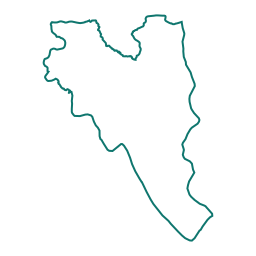 Noumbiel, Noumbiel, Burkina Faso (orthographic projection)
{"feature_id": "67063806B78350075830190", "entity_name": "Noumbiel", "entity_type": "district", "adm_level": 2, "iso_a3": "BFA", "parent_name": "Burkina Faso", "parent_adm1": "Noumbiel", "projection": "orthographic", "projection_center": [-3.048, 9.8], "detail": "fine", "context": "isolated", "style": "outline", "palette": "teal", "viewbox_px": 256, "rotation_deg": 0, "n_neighbors": 0, "source": "geoboundaries", "source_scale": "gbopen_adm2", "svg_char_len": 5437}
<svg xmlns="http://www.w3.org/2000/svg" viewBox="0 0 256 256"><path d="M181.7,21.9L178.3,23.0L176.5,23.5L175.6,23.6L174.6,24.1L173.1,24.2L172.7,24.1L172.1,23.7L171.8,23.7L171.2,23.3L170.6,23.4L169.7,23.0L169.2,22.8L167.5,21.9L166.6,21.4L166.2,21.2L165.7,20.8L165.4,20.3L165.1,19.8L165.2,19.1L165.5,17.8L165.6,16.7L165.3,16.0L164.5,15.7L162.8,15.7L158.0,15.4L156.0,15.4L153.9,15.7L148.0,16.3L146.9,16.7L146.3,17.2L145.9,17.9L145.6,18.7L145.7,19.4L145.9,20.4L145.9,21.0L145.7,21.8L145.0,22.6L144.2,22.9L143.7,23.6L143.7,24.1L143.8,24.6L143.8,25.2L143.2,26.3L142.6,26.5L141.6,27.0L141.1,27.2L140.5,27.5L139.9,27.8L138.9,28.2L138.2,28.4L137.5,28.8L137.3,29.1L137.2,29.4L136.9,29.9L136.6,29.9L135.6,30.0L135.0,30.3L134.3,31.0L133.7,31.0L133.4,31.2L132.9,31.7L133.0,32.0L132.9,32.5L132.7,32.7L132.5,32.8L132.2,33.2L132.2,33.5L131.9,33.8L131.7,34.1L132.1,34.9L132.4,35.3L133.2,36.1L133.5,36.9L133.7,37.1L134.2,38.2L134.7,38.9L135.5,39.7L136.1,40.1L137.4,40.8L138.8,41.8L139.5,42.5L139.6,42.9L139.7,43.5L139.7,44.0L139.6,44.5L139.5,45.9L139.6,46.5L140.0,47.3L140.7,48.7L140.7,49.3L140.6,50.2L139.9,52.1L139.5,53.6L139.0,54.3L138.1,55.3L137.8,55.4L136.8,55.7L136.7,55.9L136.6,57.1L136.3,57.6L135.6,58.5L135.5,59.0L135.6,59.8L135.1,59.8L134.6,59.5L134.0,59.5L133.5,59.2L133.0,59.0L132.6,58.8L132.1,58.3L132.2,57.8L131.8,57.0L131.6,56.7L131.3,56.4L131.0,56.5L130.7,56.5L130.5,56.2L130.2,56.0L129.7,56.1L129.5,56.3L129.2,56.4L128.9,56.3L128.5,56.3L127.2,56.5L126.2,56.1L125.9,56.1L125.6,56.3L125.1,56.3L123.9,56.3L123.1,56.2L122.8,55.7L122.7,55.2L121.6,54.7L121.3,54.6L120.9,54.2L120.7,53.9L120.1,53.7L119.9,53.2L119.5,53.0L120.0,52.5L119.6,52.3L119.3,52.3L119.4,52.0L119.1,51.7L118.8,51.7L118.1,51.9L118.1,51.5L117.9,51.4L117.3,51.3L117.1,51.1L116.7,50.5L116.4,50.6L116.1,50.6L115.7,50.4L115.1,50.7L114.8,50.8L114.5,50.7L114.3,50.2L113.9,50.0L113.8,49.8L113.6,49.4L113.1,49.1L112.5,49.1L111.9,48.3L111.7,48.4L110.6,47.2L110.1,46.9L109.7,46.5L109.6,46.2L109.3,45.8L109.0,45.7L108.7,45.7L108.3,45.8L107.3,46.1L106.8,46.1L106.1,45.8L106.1,45.1L106.2,44.7L105.9,44.1L105.9,43.6L105.7,42.9L104.3,41.4L102.9,39.9L102.6,39.6L102.6,39.2L102.8,38.7L102.6,38.0L102.4,37.5L102.0,37.2L101.6,37.1L101.0,36.6L100.7,36.5L100.7,35.3L101.1,34.2L100.9,33.8L100.4,33.3L100.1,32.2L99.7,31.6L99.6,31.1L99.1,30.7L98.4,30.3L98.1,30.1L98.2,29.7L98.1,29.4L98.3,29.3L98.8,28.7L99.1,27.4L99.4,27.2L99.4,26.9L99.2,26.7L98.9,26.6L98.5,26.3L98.3,25.9L98.4,25.4L98.4,25.0L98.5,24.6L98.2,24.1L97.7,23.5L97.2,23.2L96.8,23.1L96.5,22.8L96.4,22.5L96.5,22.2L96.2,21.6L96.1,20.8L95.7,20.4L93.1,20.5L92.8,20.6L92.5,20.5L91.9,20.6L90.9,21.7L90.6,21.9L90.2,21.7L89.8,21.4L89.4,21.0L89.2,20.5L88.6,20.9L87.8,21.1L87.1,21.5L85.2,21.9L85.0,22.2L83.1,22.7L80.3,23.1L79.2,23.0L76.8,22.6L72.2,21.6L71.0,21.5L69.1,21.7L67.3,22.3L66.4,22.5L65.5,22.5L65.0,22.5L64.2,22.1L61.4,21.4L60.1,21.4L57.1,22.4L55.2,22.5L53.4,22.4L52.3,22.2L51.9,22.2L51.5,22.6L51.5,23.1L51.1,23.3L50.8,24.0L50.8,24.7L51.1,25.3L51.3,25.7L51.3,26.4L51.4,26.7L51.4,27.7L51.5,29.3L51.7,30.0L51.9,31.0L51.9,31.6L52.3,31.9L52.7,32.5L53.3,33.0L53.9,33.5L54.8,34.1L55.3,34.6L56.0,35.3L56.1,35.8L56.7,36.8L57.8,36.7L58.2,36.9L58.9,36.8L59.4,36.9L60.2,37.5L61.0,38.1L61.5,38.1L62.8,38.7L64.5,40.3L64.9,41.0L65.1,41.9L65.3,42.8L65.2,44.2L64.9,45.6L64.5,46.7L63.9,47.5L63.1,48.2L62.7,48.4L61.9,48.6L57.2,49.6L56.1,49.4L55.2,48.9L54.4,48.7L53.8,48.6L53.0,48.7L50.9,49.7L50.4,50.4L50.1,51.6L49.8,53.3L49.5,55.0L48.6,56.9L48.1,57.5L47.0,58.2L46.3,58.5L45.0,58.9L44.6,59.2L44.1,60.4L43.7,62.2L43.7,63.1L43.9,64.1L44.5,65.0L44.9,65.8L46.6,66.7L47.4,67.5L47.6,68.1L47.5,70.4L47.6,71.4L48.5,71.7L47.5,73.2L46.2,74.9L45.2,76.4L45.1,77.5L45.6,78.4L46.8,80.1L47.6,80.8L48.5,81.0L51.6,80.7L53.5,79.9L54.2,79.6L55.7,78.7L55.9,78.8L56.5,79.1L56.9,79.3L57.4,79.6L57.9,80.1L58.0,80.5L58.6,81.2L58.6,81.6L58.2,82.6L58.6,82.9L58.5,83.2L58.6,83.8L58.8,84.0L59.5,84.3L59.6,84.6L60.2,85.5L60.3,85.8L60.7,86.2L60.7,86.5L61.0,86.8L61.2,87.3L61.8,87.7L62.5,88.5L62.9,88.4L63.7,88.6L63.9,89.0L64.2,89.1L64.6,89.8L65.6,90.1L65.9,90.2L66.2,90.2L66.7,89.7L66.9,89.6L67.3,89.2L68.5,89.6L68.7,89.9L68.9,90.0L69.1,90.3L69.9,90.6L69.2,91.6L69.0,92.2L68.9,92.4L68.9,92.8L69.1,92.8L69.9,92.1L71.5,92.0L72.4,95.6L71.8,100.9L72.1,103.8L71.8,108.8L71.8,112.0L72.2,113.1L73.9,115.3L74.6,115.9L79.9,116.1L85.3,114.6L87.7,114.4L91.0,115.4L92.3,116.8L93.9,121.6L95.8,125.4L97.9,127.7L99.5,130.6L99.6,136.2L100.4,139.0L101.5,139.9L103.7,143.7L107.5,149.7L109.2,150.8L112.5,151.0L114.0,149.8L121.1,144.0L122.3,144.1L124.0,145.7L127.2,150.7L130.1,157.8L132.1,164.2L135.3,171.3L139.5,178.6L141.7,182.1L141.9,182.1L146.6,191.9L150.7,199.6L153.4,204.0L162.5,215.5L168.5,220.9L170.7,223.7L178.1,231.6L182.0,235.5L185.2,238.2L189.7,240.4L191.9,240.6L194.6,238.2L199.5,230.6L200.7,229.8L202.6,226.5L207.5,219.8L210.1,217.2L212.3,215.9L212.1,213.7L206.5,207.4L205.6,206.3L204.4,205.6L199.8,203.8L194.5,199.9L191.1,196.7L189.5,194.6L187.4,188.5L188.0,185.2L189.1,181.4L194.3,172.6L193.0,169.5L191.9,163.6L189.8,161.3L184.8,158.8L183.7,157.2L182.8,154.8L183.9,150.0L183.6,148.7L182.3,144.6L182.9,142.8L185.5,139.1L187.5,134.1L190.3,129.4L191.8,127.7L197.6,123.7L199.0,121.6L199.4,120.0L198.9,118.3L194.0,113.0L191.8,109.6L191.1,108.3L189.6,101.9L189.4,98.9L189.8,95.8L194.8,86.1L194.6,83.8L191.9,76.9L190.6,72.4L186.0,64.7L185.8,62.0L183.8,56.9L183.3,51.4L183.4,48.6L182.5,41.6L184.2,35.0L184.3,33.3L182.7,28.1L181.9,23.5L181.7,21.9Z" fill="none" stroke="#0f766e" stroke-width="2"/></svg>